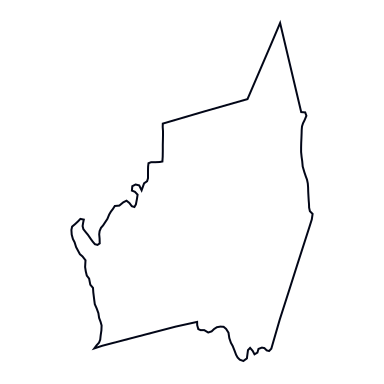 the district of Nova Redenção, Bahia, Brazil
{"feature_id": "56859067B96538922294760", "entity_name": "Nova Redenção", "entity_type": "district", "adm_level": 2, "iso_a3": "BRA", "parent_name": "Brazil", "parent_adm1": "Bahia", "projection": "equal_earth", "projection_center": [-41.129, -12.772], "detail": "fine", "context": "isolated", "style": "outline", "palette": "ink", "viewbox_px": 384, "rotation_deg": 0, "n_neighbors": 0, "source": "geoboundaries", "source_scale": "gbopen_adm2", "svg_char_len": 2037}
<svg xmlns="http://www.w3.org/2000/svg" viewBox="0 0 384 384"><path d="M94.3,348.4L102.5,345.7L175.7,326.6L197.1,321.9L197.2,325.2L198.3,329.1L200.5,330.1L204.2,330.1L208.2,332.5L211.6,331.4L214.1,329.0L216.9,327.2L220.4,326.6L223.6,326.8L226.1,328.9L228.5,332.7L229.3,338.1L230.9,342.8L232.7,346.0L234.6,350.8L236.1,354.8L237.6,357.5L239.8,359.7L243.3,361.0L246.9,358.4L247.5,353.7L248.0,350.1L250.1,347.9L252.7,350.9L254.5,354.3L257.4,352.6L258.5,348.9L261.9,347.6L264.4,348.1L266.7,350.4L269.1,351.0L271.3,348.7L279.8,319.4L289.3,289.8L296.9,265.9L309.5,226.7L311.8,219.4L312.6,213.9L309.9,211.2L309.1,207.6L309.0,204.1L308.7,200.4L308.4,195.2L308.2,191.3L308.1,187.5L307.8,183.5L307.0,179.6L305.9,176.7L304.4,172.3L302.7,166.5L302.2,161.1L301.6,156.9L301.1,152.0L301.1,147.5L301.2,143.0L301.4,138.8L301.6,133.5L301.7,129.9L302.0,126.4L303.0,123.3L304.6,120.1L306.4,115.8L305.2,112.4L301.2,112.1L280.1,23.0L270.8,44.9L247.5,99.1L205.1,111.2L162.8,123.6L162.7,126.9L163.0,131.1L163.0,135.6L162.9,140.7L162.8,144.8L162.8,148.0L162.8,151.3L162.7,156.8L162.4,161.5L159.7,162.0L155.5,162.2L151.1,162.2L148.5,163.2L148.1,166.4L148.0,170.2L148.0,174.4L148.0,178.2L147.1,181.2L144.1,183.3L141.6,190.3L139.2,185.4L135.6,184.5L132.3,186.2L131.9,190.6L134.9,191.8L137.6,194.7L136.9,199.2L135.9,204.4L134.4,207.0L131.8,206.2L129.4,203.0L126.5,200.7L123.3,202.3L119.3,205.6L114.8,206.0L112.9,209.0L110.9,211.6L109.2,214.5L107.4,218.9L104.8,222.8L103.1,225.4L101.0,227.8L99.6,231.1L99.2,234.3L99.6,238.8L99.7,243.4L97.5,244.9L94.9,244.2L92.7,241.6L90.8,239.0L88.0,234.9L85.6,232.0L83.4,229.2L82.6,226.1L83.1,222.9L83.8,219.6L80.4,218.9L78.1,221.3L75.1,224.1L72.1,226.6L71.4,229.9L71.7,234.6L72.9,239.0L74.6,242.3L76.1,247.1L78.4,251.4L79.9,254.2L82.5,256.4L85.5,260.3L85.1,267.0L85.8,271.5L86.8,275.6L89.1,278.6L90.3,284.7L93.0,287.9L93.3,292.4L94.2,299.7L94.8,304.2L96.7,308.5L98.4,313.2L99.1,317.9L100.6,321.9L101.6,325.5L101.4,330.4L100.7,335.2L100.2,339.7L99.0,342.7L96.6,345.3L94.3,348.4Z" fill="none" stroke="#020617" stroke-width="2"/></svg>